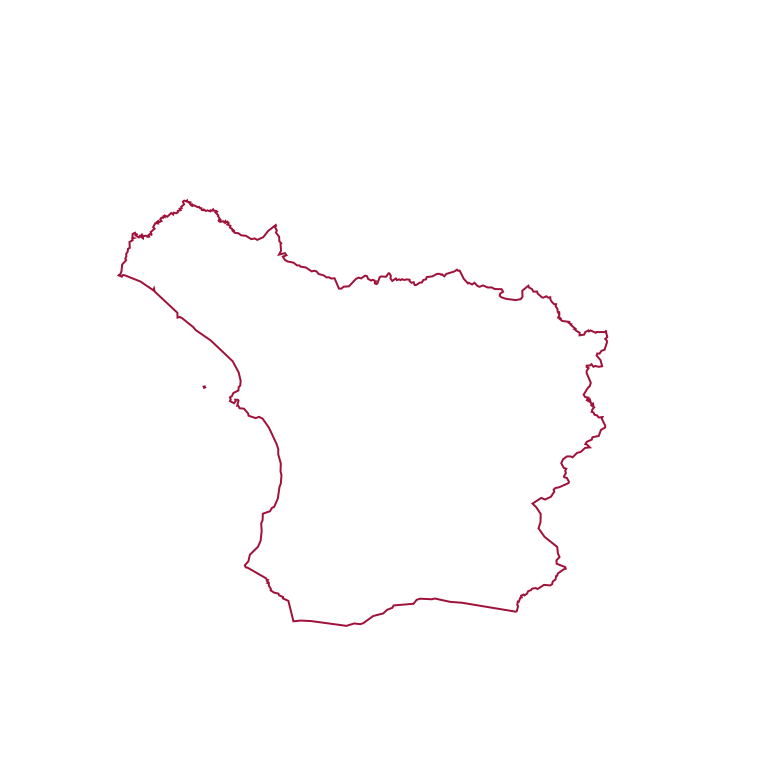 Santa Elena, Santa Elena, Ecuador (orthographic projection), rotated 327°
{"feature_id": "8360857B94997360470933", "entity_name": "Santa Elena", "entity_type": "district", "adm_level": 2, "iso_a3": "ECU", "parent_name": "Ecuador", "parent_adm1": "Santa Elena", "projection": "orthographic", "projection_center": [-80.568, -2.087], "detail": "fine", "context": "isolated", "style": "outline", "palette": "rose", "viewbox_px": 768, "rotation_deg": 327, "n_neighbors": 0, "source": "geoboundaries", "source_scale": "gbopen_adm2", "svg_char_len": 6167}
<svg xmlns="http://www.w3.org/2000/svg" viewBox="0 0 768 768"><g transform="rotate(327 384 384)"><path d="M562.8,389.9L559.6,387.9L559.8,384.9L558.2,382.2L558.6,380.2L550.8,381.1L547.6,386.3L544.8,387.3L540.1,385.3L532.9,379.2L529.6,375.1L529.1,373.0L530.6,371.5L534.1,371.5L534.3,368.6L528.4,364.5L527.0,361.7L523.6,359.6L520.8,355.3L517.1,354.5L515.8,352.8L515.0,348.4L512.1,348.5L510.2,345.3L509.2,345.4L508.2,339.3L509.2,330.1L507.8,329.4L507.5,327.9L504.1,327.9L496.2,325.6L493.2,326.5L492.4,323.6L491.4,323.5L490.8,322.0L488.4,320.5L483.2,320.1L478.1,317.6L476.2,319.1L473.6,318.2L471.1,319.5L469.3,318.5L465.0,318.5L463.6,317.7L464.3,314.8L462.2,314.1L461.5,311.8L462.2,310.5L460.5,308.9L457.5,307.7L456.2,305.9L454.4,305.9L453.6,304.4L451.4,303.9L451.4,301.9L447.1,302.1L446.9,299.0L448.7,296.9L448.8,294.2L448.0,293.6L444.2,295.2L440.3,292.3L438.6,292.1L433.2,296.1L432.0,296.0L431.3,294.9L432.6,293.8L431.7,293.7L432.5,292.2L431.2,290.4L429.5,290.2L427.9,287.1L428.5,284.4L427.2,282.8L422.3,283.0L420.6,280.9L417.7,280.6L407.8,283.0L403.1,280.4L400.3,280.8L398.2,279.5L400.1,268.4L397.3,266.9L395.9,264.5L393.8,263.2L392.7,260.2L389.1,256.1L388.7,252.7L387.1,251.0L384.7,250.2L381.9,243.7L378.0,240.2L377.6,238.5L375.7,237.2L374.1,232.8L369.7,228.6L368.4,225.6L368.6,222.1L372.3,222.9L372.2,220.3L366.4,218.3L370.2,216.2L373.5,210.2L374.4,210.0L374.0,207.2L376.2,203.5L375.9,198.1L377.8,196.8L378.0,193.1L379.6,192.6L379.8,191.7L370.0,192.6L362.8,195.1L356.2,194.1L354.9,191.6L351.6,190.2L348.9,184.5L345.2,181.5L343.9,178.1L341.4,176.3L340.7,173.9L341.6,173.9L341.5,172.8L340.6,172.4L341.0,171.0L340.0,168.9L341.4,167.7L339.5,164.9L341.4,164.4L341.0,162.5L338.8,162.4L339.5,161.0L338.0,161.2L337.7,159.9L335.1,158.9L335.9,157.8L334.9,157.5L335.8,156.9L335.0,156.5L336.2,155.7L336.2,153.0L336.9,152.3L336.1,148.5L337.9,148.6L337.6,147.5L335.7,145.9L335.8,144.5L334.2,145.0L333.2,143.9L332.4,144.6L330.4,142.2L328.7,141.8L328.0,139.6L327.3,139.9L325.9,138.8L326.6,137.1L325.5,136.4L325.4,134.8L324.2,134.4L321.9,130.5L320.7,130.5L320.8,129.0L319.7,129.4L319.4,127.6L320.2,126.9L319.5,126.0L320.2,125.8L318.3,124.0L318.8,122.8L317.6,122.9L316.3,121.4L314.7,121.5L314.1,124.5L310.5,124.9L310.1,126.3L308.2,125.7L308.1,127.4L305.3,126.5L304.5,127.8L302.8,127.7L300.9,125.8L299.5,127.0L298.7,124.7L293.4,125.7L292.0,123.5L291.1,124.6L290.4,123.2L289.2,124.3L287.9,123.3L286.0,124.1L286.2,126.1L283.7,125.9L283.5,124.3L281.9,124.5L281.7,126.1L279.9,124.6L275.9,126.6L276.2,128.8L271.1,129.5L270.2,132.9L269.7,130.7L267.5,130.9L267.2,132.5L265.8,131.8L265.1,129.9L262.3,128.9L262.4,126.8L261.3,127.1L262.0,129.3L261.2,130.5L259.8,126.8L258.2,127.5L257.6,126.4L257.1,124.4L259.0,123.7L256.6,123.8L257.5,121.6L255.0,121.2L252.8,124.1L253.8,125.4L252.1,124.9L251.5,126.5L247.9,126.3L244.9,131.4L243.0,131.2L241.0,133.5L238.7,134.4L237.5,136.6L235.3,138.0L235.2,139.7L229.5,141.2L225.1,146.6L222.2,148.5L221.2,148.6L221.0,148.2L220.6,148.3L222.6,151.2L223.9,150.3L225.6,151.4L235.6,165.5L241.8,180.3L242.3,179.1L243.1,178.6L242.0,181.4L249.5,211.7L247.0,215.9L249.1,216.4L250.5,218.7L255.0,232.4L255.4,236.1L262.4,253.1L269.5,282.6L268.4,295.2L265.5,303.3L262.5,307.1L260.6,307.3L258.3,310.2L252.8,309.5L249.7,311.4L247.5,311.3L247.0,313.5L245.5,314.4L247.8,318.5L250.2,317.6L250.7,316.2L252.8,317.6L253.0,318.6L249.1,322.2L249.9,322.5L249.7,325.7L253.1,328.4L254.0,334.9L253.1,336.8L257.8,342.7L261.3,343.5L263.3,346.9L263.7,358.0L261.3,375.5L259.9,380.9L257.0,385.4L254.1,394.6L249.7,400.8L248.3,404.7L243.3,411.2L240.3,413.4L232.6,422.2L225.0,427.2L222.5,426.9L219.1,428.6L211.7,426.8L208.1,432.0L205.0,434.1L201.4,440.6L195.1,448.3L189.6,451.9L178.6,454.1L173.6,458.9L168.4,460.3L168.2,462.6L169.4,463.5L179.3,482.8L178.9,484.6L179.6,485.1L178.6,485.4L179.0,487.2L178.0,487.4L178.9,488.4L177.5,490.5L177.5,494.5L176.5,495.3L178.2,499.1L181.3,502.3L180.9,504.1L183.4,507.7L182.4,508.7L185.7,513.8L178.8,533.7L185.4,537.1L193.6,543.0L220.8,566.4L228.6,568.6L233.3,572.5L236.2,573.3L248.6,572.7L258.4,576.0L263.7,575.1L269.0,576.2L271.5,575.0L289.1,584.4L293.7,582.8L297.3,583.7L306.9,590.6L309.8,591.6L320.9,602.8L330.1,609.8L370.6,646.8L371.8,646.7L375.5,643.3L375.4,641.8L377.7,639.4L378.3,640.1L382.1,637.4L383.3,638.0L383.7,636.2L386.4,636.6L386.6,637.8L389.8,637.7L391.9,636.3L395.0,636.9L396.7,636.3L400.2,637.8L401.1,639.6L408.8,639.6L413.6,643.4L416.1,643.4L417.9,641.6L421.5,641.3L423.7,638.8L424.9,639.1L426.4,637.6L433.8,637.3L435.8,637.9L436.3,636.3L430.9,628.8L432.6,625.8L436.9,624.8L437.6,620.8L440.5,615.0L435.4,599.6L435.0,589.2L440.0,585.1L444.6,578.4L444.6,570.4L443.4,565.2L453.9,565.2L456.1,568.6L462.5,569.5L468.2,567.0L468.7,565.0L471.1,564.6L474.7,566.0L484.8,567.6L485.9,566.6L486.2,562.4L484.4,560.4L484.6,559.5L488.0,557.8L488.7,555.5L490.7,554.3L489.1,552.3L489.5,547.0L493.2,544.6L498.1,544.4L501.2,546.5L502.2,548.2L508.4,546.9L511.9,548.1L517.9,547.1L522.1,549.3L521.3,545.5L520.1,544.1L522.5,542.9L527.9,543.8L529.8,542.2L535.8,544.5L540.9,540.7L545.8,540.9L546.8,539.5L547.8,531.5L549.2,530.7L545.8,529.0L545.6,526.4L543.8,524.5L544.2,521.9L543.0,520.5L544.9,518.8L547.5,518.1L546.5,515.5L547.9,515.9L548.7,514.2L546.9,513.8L548.3,508.8L547.1,508.6L546.6,510.5L545.3,508.0L547.9,506.7L545.6,504.5L545.6,501.7L553.3,498.1L555.4,497.9L558.1,495.6L559.9,485.2L561.1,483.4L564.2,482.1L563.2,480.1L564.0,479.0L566.7,480.6L568.8,480.4L569.0,483.6L571.0,483.9L573.4,486.5L576.6,487.9L578.6,481.9L577.8,475.9L579.5,474.6L581.3,475.9L584.5,474.6L587.6,475.4L593.6,470.6L594.5,468.9L594.1,466.7L596.8,466.3L598.6,461.0L599.8,460.3L597.6,460.8L590.6,456.2L589.5,456.4L586.5,451.7L584.5,451.4L584.6,450.4L581.0,450.1L578.8,451.6L574.5,449.7L576.0,447.6L573.9,443.3L574.5,442.6L573.8,441.8L574.6,441.8L572.8,435.9L573.6,435.7L572.2,433.2L573.1,432.7L567.8,428.2L566.9,425.4L567.8,425.5L567.7,424.3L566.3,423.1L568.7,421.7L568.9,419.8L569.5,420.2L570.1,419.2L569.0,418.0L570.4,415.3L570.2,412.3L571.8,410.8L570.1,409.6L569.5,406.5L569.6,403.6L570.7,401.8L568.7,401.0L567.9,398.8L564.8,398.4L563.7,397.4L562.1,391.8L562.8,389.9ZM232.2,289.4L232.3,288.3L231.3,288.0L231.0,289.2L232.2,289.4Z" fill="none" stroke="#9f1239" stroke-width="2"/></g></svg>